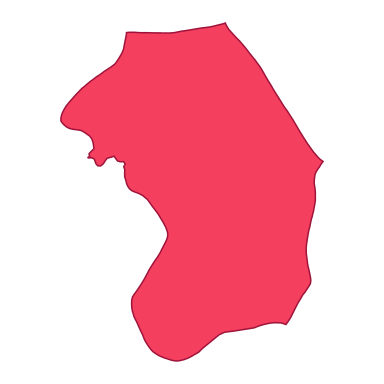 Daw'an, Hadramawt, Yemen (orthographic projection)
{"feature_id": "15242507B41313951038201", "entity_name": "Daw'an", "entity_type": "district", "adm_level": 2, "iso_a3": "YEM", "parent_name": "Yemen", "parent_adm1": "Hadramawt", "projection": "orthographic", "projection_center": [48.292, 15.038], "detail": "fine", "context": "isolated", "style": "filled", "palette": "rose", "viewbox_px": 384, "rotation_deg": 0, "n_neighbors": 0, "source": "geoboundaries", "source_scale": "gbopen_adm2", "svg_char_len": 5550}
<svg xmlns="http://www.w3.org/2000/svg" viewBox="0 0 384 384"><path d="M323.1,161.4L322.6,161.1L320.5,159.6L318.6,157.9L318.3,157.6L315.9,154.8L314.3,152.9L313.5,152.0L311.1,148.7L310.9,148.5L309.4,146.3L308.5,145.0L307.7,144.0L306.9,142.7L305.5,140.5L303.2,137.0L302.0,135.0L301.7,134.5L299.9,131.6L298.3,129.0L296.9,126.5L295.0,123.3L293.0,119.9L291.4,117.4L289.4,114.3L287.3,111.0L286.6,110.1L285.6,108.7L284.1,106.6L283.6,105.8L281.4,102.3L281.1,101.8L279.9,99.9L278.6,97.7L278.2,97.1L276.6,94.6L274.5,91.2L272.7,88.3L272.0,87.0L271.4,85.9L270.6,84.7L269.8,83.3L268.9,81.9L268.0,80.4L266.7,78.2L266.4,77.7L264.6,74.6L263.4,72.4L263.2,72.1L261.8,69.6L260.2,67.1L259.0,65.4L258.5,64.7L256.7,62.3L255.1,60.0L252.8,57.3L250.8,54.7L250.0,53.8L248.7,52.1L246.9,49.7L244.6,46.8L242.1,43.9L239.5,40.9L237.0,38.4L235.6,36.9L235.1,36.4L234.9,36.2L233.2,34.3L230.9,31.8L229.1,29.8L228.9,29.6L227.4,27.2L227.0,26.6L226.0,24.7L225.3,23.0L224.5,23.3L223.1,23.8L219.4,24.7L216.5,25.4L215.9,25.6L212.5,26.4L209.8,27.0L208.0,27.2L207.0,27.3L204.1,27.7L200.7,28.1L199.0,28.4L197.2,28.7L194.3,29.2L193.0,29.4L191.4,29.7L188.2,30.2L185.1,30.7L183.7,30.9L181.8,31.1L178.5,31.8L175.0,32.5L171.7,32.9L169.0,33.0L168.5,33.1L167.5,33.0L165.4,33.0L163.7,33.0L161.7,33.0L160.8,32.9L158.2,32.9L155.8,32.9L155.0,32.9L151.7,32.8L149.8,32.8L148.1,32.7L147.4,32.7L145.2,32.7L142.0,32.7L138.4,32.6L137.1,32.5L135.1,32.3L133.4,32.3L131.8,32.3L128.8,32.3L127.0,32.5L126.5,32.6L126.5,33.1L126.1,35.9L125.5,38.9L124.9,41.9L124.5,44.0L124.2,45.5L124.0,46.8L123.5,49.2L122.1,52.8L120.5,55.6L120.3,55.9L118.9,58.3L117.0,61.2L116.7,61.7L116.4,62.1L114.7,64.2L113.5,65.1L112.4,65.9L111.1,66.9L109.9,67.7L108.2,68.8L107.4,69.4L104.6,71.1L102.4,72.8L99.4,75.0L97.9,75.9L96.1,77.1L94.7,78.2L93.7,79.0L92.6,79.8L90.7,81.1L88.8,82.7L87.4,83.8L84.6,86.3L81.9,88.4L79.8,90.6L77.9,92.6L76.7,93.8L76.0,94.6L73.9,96.8L72.8,98.2L72.1,99.0L71.0,100.2L69.7,101.6L67.9,103.9L66.9,105.1L66.1,106.1L64.6,108.6L64.3,109.1L63.9,109.8L62.5,112.6L61.5,115.3L61.2,116.9L60.9,118.1L60.9,118.8L60.9,120.9L61.3,121.5L62.6,123.4L63.4,124.2L64.5,125.3L66.7,127.0L66.9,127.2L69.4,128.4L72.4,129.2L73.5,129.4L75.5,129.6L77.8,129.9L78.5,130.0L81.4,130.6L83.1,131.6L84.0,132.1L85.8,133.3L86.9,134.1L89.6,136.0L91.8,138.8L93.1,142.7L93.9,148.2L93.7,149.0L93.3,149.4L91.9,150.7L89.9,152.7L89.0,153.9L89.4,155.7L89.7,156.1L89.7,156.5L88.4,157.1L88.0,157.4L88.0,157.7L88.3,157.9L89.3,157.9L90.9,157.8L92.0,158.0L93.1,158.4L93.8,158.8L94.3,159.3L94.7,160.0L94.8,160.7L95.4,162.2L95.9,163.6L96.0,163.7L97.7,165.8L99.9,165.9L100.6,166.0L102.5,164.4L103.4,163.7L105.4,160.5L107.1,158.3L111.1,157.2L111.3,157.2L114.0,156.2L115.9,158.8L117.0,160.3L117.6,161.0L119.3,161.5L120.4,161.8L123.5,161.6L124.7,163.3L125.2,164.1L123.7,166.7L124.8,169.6L124.6,172.8L124.7,177.0L125.1,178.1L125.9,180.6L126.6,183.5L127.0,184.5L127.8,186.3L129.2,188.4L129.4,188.7L131.8,190.7L134.5,191.9L137.4,192.9L140.1,194.1L140.4,194.3L142.8,195.6L143.6,196.3L145.0,197.5L146.6,198.8L147.2,199.3L148.4,200.8L149.2,201.9L150.5,203.7L151.1,204.6L151.6,205.3L153.2,207.5L155.1,209.9L155.4,210.3L155.9,211.0L157.1,212.6L157.5,213.2L158.9,215.2L159.7,216.6L160.5,218.0L162.4,221.1L162.5,221.2L164.0,223.9L164.4,224.8L165.7,227.1L166.7,229.9L166.8,230.1L167.6,232.7L167.7,235.9L167.0,238.8L166.7,239.5L165.6,241.9L164.5,244.1L164.1,244.8L163.5,246.0L162.8,247.4L161.4,250.1L160.1,252.8L158.3,255.7L156.6,258.4L155.3,260.1L154.5,261.3L153.9,262.3L152.4,264.6L150.4,267.8L148.6,270.8L148.1,272.0L147.4,273.3L145.6,276.6L144.9,278.0L144.1,279.4L143.6,280.2L142.1,282.7L140.3,285.6L139.3,287.0L138.3,288.5L136.9,290.6L136.0,291.9L134.0,294.5L133.6,295.2L132.5,297.0L131.9,299.3L131.7,300.2L131.6,303.9L131.7,306.9L131.8,307.6L132.3,310.9L132.5,311.5L133.2,313.7L134.0,316.6L135.1,319.0L135.3,319.3L136.7,321.9L137.3,323.3L138.1,325.1L139.6,328.5L140.9,331.4L141.3,332.2L142.2,334.0L143.2,336.3L143.3,336.7L143.9,338.2L144.4,339.5L145.8,342.1L147.4,344.6L148.2,345.8L149.0,347.0L150.2,348.5L151.2,349.9L153.2,351.9L155.7,353.6L158.4,355.3L160.0,356.1L161.3,356.7L162.6,357.2L164.3,357.9L167.5,358.9L171.1,360.1L173.9,360.7L176.8,361.0L180.1,360.6L184.1,359.6L185.6,359.0L187.4,358.4L189.2,357.5L191.1,356.6L193.1,355.4L193.7,355.0L196.2,353.6L198.0,352.6L198.7,352.2L202.5,348.4L219.2,334.7L224.8,332.2L234.3,331.0L254.4,327.8L255.7,327.2L258.4,326.2L260.6,325.4L261.3,325.2L265.0,324.2L267.0,323.8L268.2,323.5L269.8,323.2L271.1,323.0L274.7,322.7L277.9,322.8L278.0,322.8L280.9,322.9L283.7,323.7L283.9,323.8L285.9,324.5L286.7,323.5L287.0,323.0L288.4,321.1L290.0,318.6L291.0,316.9L291.4,316.1L292.7,313.4L294.3,310.2L295.6,307.6L296.9,305.1L298.2,302.6L299.2,300.9L299.9,299.9L301.5,297.1L302.9,294.7L304.7,292.6L306.6,289.7L308.5,286.8L309.1,285.9L310.3,283.9L310.8,281.1L310.6,278.0L310.0,275.0L309.7,273.4L309.4,272.1L308.8,269.3L308.4,267.6L308.1,266.6L307.5,263.4L307.4,262.0L307.1,259.9L307.0,259.1L306.7,256.7L306.3,253.7L306.2,250.6L306.2,247.8L306.3,246.9L306.5,245.0L306.6,244.1L306.7,243.1L307.1,240.6L307.3,239.0L307.6,237.4L307.9,235.4L308.2,233.9L308.7,231.0L309.2,229.0L309.8,226.8L310.2,224.8L310.5,223.1L310.8,221.8L311.2,219.7L311.5,218.7L312.1,216.9L312.2,216.5L312.7,214.0L313.5,211.3L314.0,208.4L314.6,205.3L314.8,204.1L315.1,202.3L315.3,200.6L315.4,199.1L315.3,196.0L315.4,193.9L315.4,193.2L315.2,190.5L315.2,190.1L314.8,187.2L314.2,183.6L314.3,180.5L314.6,177.1L315.1,174.3L315.6,173.0L316.2,171.7L317.7,169.3L319.0,167.5L319.5,166.9L319.9,166.1L321.0,164.3L322.2,162.6L323.1,161.4Z" fill="#f43f5e" stroke="#9f1239" stroke-width="1.5"/></svg>